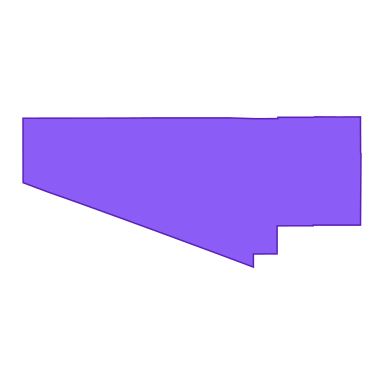 outline of Pima, Arizona, United States of America
{"feature_id": "52423323B72402136661240", "entity_name": "Pima", "entity_type": "district", "adm_level": 2, "iso_a3": "USA", "parent_name": "United States of America", "parent_adm1": "Arizona", "projection": "mercator", "projection_center": [-111.635, 31.97], "detail": "fine", "context": "isolated", "style": "filled", "palette": "violet", "viewbox_px": 384, "rotation_deg": 0, "n_neighbors": 0, "source": "geoboundaries", "source_scale": "gbopen_adm2", "svg_char_len": 570}
<svg xmlns="http://www.w3.org/2000/svg" viewBox="0 0 384 384"><path d="M23.0,118.2L23.1,182.7L36.7,187.8L47.4,191.8L77.7,202.5L132.4,222.3L135.2,223.4L136.5,223.8L150.4,228.9L181.6,240.4L223.3,255.8L230.7,258.6L253.4,267.1L253.4,254.0L277.1,253.9L277.1,225.9L289.5,225.8L313.2,225.8L313.2,225.1L360.5,225.1L361.0,153.5L360.6,153.0L360.5,129.0L360.5,116.9L339.0,117.0L321.4,116.9L314.4,116.9L312.8,117.3L277.9,117.3L277.8,118.6L255.1,118.7L229.6,117.9L203.5,117.9L203.3,117.9L155.4,117.9L121.0,118.1L23.0,118.2Z" fill="#8b5cf6" stroke="#5b21b6" stroke-width="1.5"/></svg>